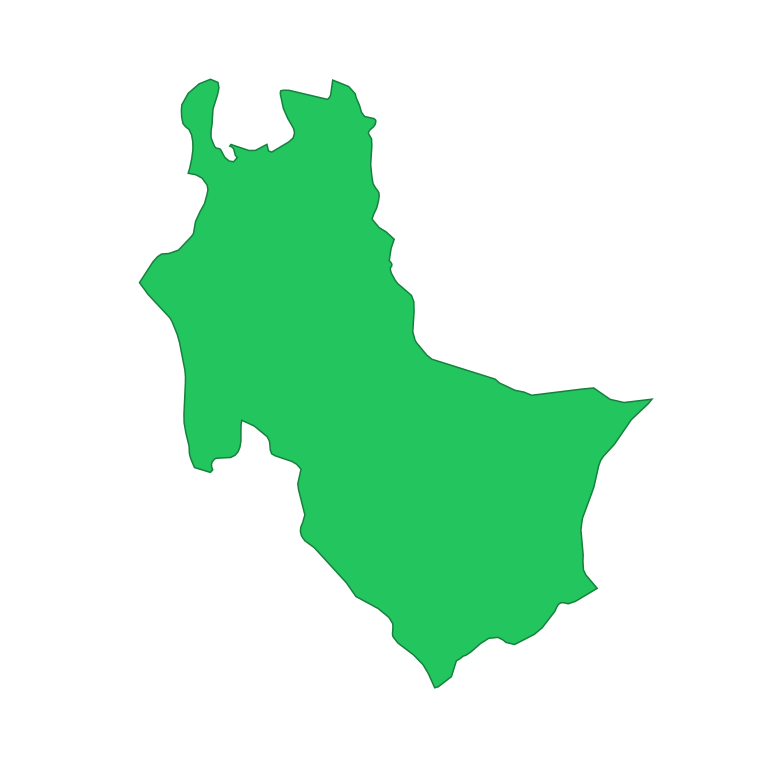 the County of Buskerud, rotated 194°
{"feature_id": "NOR-918", "entity_name": "Buskerud", "entity_type": "County", "adm_level": 1, "iso_a3": "NOR", "parent_name": "Norway", "parent_adm1": "", "projection": "albers", "projection_center": [9.402, 60.275], "detail": "fine", "context": "isolated", "style": "filled", "palette": "green", "viewbox_px": 768, "rotation_deg": 194, "n_neighbors": 0, "source": "natural_earth", "source_scale": "10m", "svg_char_len": 3087}
<svg xmlns="http://www.w3.org/2000/svg" viewBox="0 0 768 768"><g transform="rotate(194 384 384)"><path d="M625.0,541.1L624.7,546.0L625.1,556.3L626.1,565.2L628.1,572.7L631.0,579.2L634.7,583.8L638.6,585.5L642.0,588.0L644.9,594.0L646.9,600.9L647.7,606.1L644.3,618.7L636.0,630.5L626.1,637.7L618.1,636.5L615.8,631.4L615.5,624.6L616.4,610.0L616.0,606.8L613.8,595.3L613.1,588.4L612.5,585.5L611.5,581.6L610.6,579.9L606.6,574.5L606.0,573.7L604.2,572.3L603.1,572.4L602.9,572.4L602.0,572.5L599.5,572.2L593.3,565.4L588.3,562.9L583.6,563.3L581.2,568.3L583.5,569.9L586.8,575.8L588.8,577.1L591.2,577.5L590.5,579.4L571.5,577.9L565.2,579.6L555.6,588.2L552.5,582.3L549.1,581.8L535.1,595.7L531.7,600.7L531.5,605.4L532.3,607.7L533.9,610.4L541.7,618.5L548.3,627.0L554.8,640.4L555.2,642.9L555.2,643.1L555.2,643.5L552.4,644.8L547.2,646.0L507.6,646.5L506.2,649.1L505.7,651.5L507.3,666.5L490.2,664.1L482.1,658.6L480.3,655.1L475.3,648.6L471.6,642.3L469.3,640.2L467.4,638.9L458.0,639.1L455.9,638.0L455.4,636.7L455.3,633.9L456.4,631.0L458.8,627.6L459.9,625.0L459.6,623.1L455.4,618.9L453.4,612.1L450.0,593.7L446.0,582.5L443.1,575.8L439.5,572.1L437.0,570.2L435.1,568.1L434.1,565.1L433.6,559.6L433.7,552.8L435.0,546.5L435.5,541.1L426.6,534.6L418.7,532.1L409.1,526.9L409.9,517.3L408.8,505.1L405.9,502.9L405.2,501.7L405.1,500.0L405.9,498.5L405.4,496.3L403.7,493.3L398.3,487.4L394.9,484.7L378.8,476.6L374.9,470.9L372.3,461.3L368.7,441.6L364.5,434.1L362.3,431.8L349.5,422.4L343.5,419.6L277.4,415.6L272.2,412.9L255.4,409.6L246.2,410.0L238.0,408.8L190.6,427.0L179.6,430.9L160.9,423.8L146.6,424.1L120.3,434.1L122.9,428.7L135.4,409.2L145.9,381.1L153.7,366.7L155.3,362.2L155.9,356.8L155.4,334.9L156.1,327.6L158.9,302.2L158.6,297.9L157.6,290.0L149.4,266.3L148.1,260.2L145.5,251.9L141.9,247.5L127.7,237.3L145.7,219.4L152.1,215.3L156.6,215.3L159.6,214.4L161.4,212.4L162.4,209.5L163.2,204.8L171.5,185.8L177.6,177.4L194.3,162.8L203.2,162.8L206.5,164.4L212.2,165.7L220.8,162.6L227.5,155.6L234.9,145.0L238.9,140.6L241.2,139.2L243.9,135.7L246.8,132.9L247.8,116.4L258.1,103.3L261.3,101.5L270.8,113.6L278.2,121.1L289.8,128.3L307.6,135.9L313.3,140.3L314.5,141.5L314.8,142.2L315.4,144.0L315.9,147.2L316.7,150.9L317.6,153.6L322.6,158.6L335.2,164.7L359.8,171.0L372.4,182.0L412.0,208.3L422.8,212.7L426.0,215.4L427.9,217.6L429.5,220.9L430.1,225.0L429.4,229.9L429.1,237.8L441.4,260.9L443.5,266.4L443.9,281.3L449.3,285.0L454.8,286.6L472.2,288.0L476.1,289.1L478.4,292.5L479.8,296.9L481.4,300.9L484.6,304.6L499.7,311.8L513.3,314.4L512.7,309.1L509.0,293.8L508.5,287.5L509.2,282.9L511.3,278.8L515.0,275.6L528.4,271.5L530.1,270.4L531.8,267.1L532.0,264.4L531.1,261.7L529.4,259.3L530.3,257.6L531.2,256.2L547.7,257.1L553.5,264.8L556.0,269.5L558.1,276.5L564.5,288.8L568.6,298.1L570.8,306.3L577.0,337.2L578.5,343.4L580.6,349.4L592.3,374.5L596.6,382.1L604.7,393.2L607.9,396.5L634.4,413.7L645.8,423.2L637.6,447.0L634.5,452.7L631.4,456.2L624.1,458.7L615.8,464.2L606.6,480.5L605.3,483.8L606.2,496.2L604.2,506.7L601.8,515.5L601.6,524.7L601.8,529.7L603.7,534.2L610.2,539.7L617.0,541.5L625.0,541.1Z" fill="#22c55e" stroke="#15803d" stroke-width="1.5"/></g></svg>